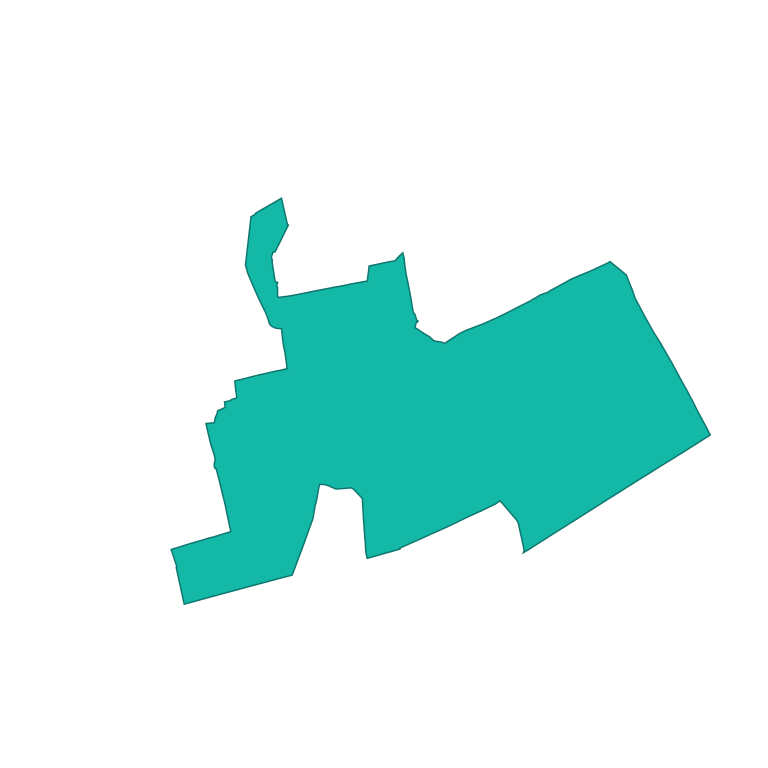 the district of Teoloyucan, México, Mexico, rotated 65°
{"feature_id": "50627088B68234574802161", "entity_name": "Teoloyucan", "entity_type": "district", "adm_level": 2, "iso_a3": "MEX", "parent_name": "Mexico", "parent_adm1": "México", "projection": "equal_earth", "projection_center": [-99.177, 19.758], "detail": "fine", "context": "isolated", "style": "filled", "palette": "teal", "viewbox_px": 768, "rotation_deg": 65, "n_neighbors": 0, "source": "geoboundaries", "source_scale": "gbopen_adm2", "svg_char_len": 5102}
<svg xmlns="http://www.w3.org/2000/svg" viewBox="0 0 768 768"><g transform="rotate(65 384 384)"><path d="M261.5,461.4L267.4,461.1L271.9,461.3L274.2,461.4L278.4,462.0L281.1,462.4L282.5,462.1L283.6,461.6L285.0,460.8L286.7,459.4L287.0,459.2L288.2,457.6L288.8,456.6L290.3,454.3L290.6,453.4L295.2,455.1L299.0,456.4L303.2,457.8L308.2,459.2L308.5,459.3L310.9,459.8L312.4,460.2L313.7,460.5L314.2,460.7L314.6,460.7L316.1,461.2L317.0,461.5L320.3,462.5L329.1,465.2L328.9,466.4L328.1,470.6L326.2,478.5L325.7,480.7L325.3,482.6L325.0,484.0L324.7,485.7L323.2,492.2L322.1,497.8L321.2,502.6L321.0,503.7L319.8,509.9L319.1,513.5L318.2,517.9L319.2,518.3L322.1,519.3L326.0,520.7L330.0,521.9L332.2,522.6L333.6,523.0L334.4,523.3L334.0,526.1L333.8,527.7L333.7,529.2L333.9,529.8L333.9,531.3L333.3,534.2L332.9,536.1L338.0,537.8L338.0,538.9L338.2,539.7L338.2,540.1L337.9,546.0L338.8,546.7L339.2,546.7L342.3,550.1L342.9,550.8L347.6,554.5L346.2,557.2L345.5,559.7L344.6,562.0L349.8,563.2L355.0,564.3L360.2,565.4L364.5,566.3L369.8,567.0L377.0,567.9L378.7,568.4L378.9,568.4L382.2,569.4L382.3,569.5L382.8,570.1L383.7,571.0L384.9,571.8L386.1,572.3L387.3,572.6L388.6,573.0L389.9,571.9L391.7,572.3L392.6,572.4L393.9,572.6L399.8,573.7L403.1,574.3L409.1,575.6L416.3,577.1L421.6,578.0L429.4,579.7L433.7,580.8L440.0,582.2L446.3,583.7L452.6,585.1L453.1,585.3L453.1,585.5L452.1,592.1L451.2,598.7L450.2,605.3L450.0,605.6L449.7,607.5L449.2,611.1L448.9,613.3L448.7,614.7L448.2,617.6L447.8,620.2L446.9,626.0L445.9,633.1L444.8,641.6L444.0,646.8L461.7,648.9L462.3,649.8L464.4,650.3L470.3,651.6L476.3,653.0L482.2,654.3L490.1,656.1L499.1,658.1L501.1,646.6L502.3,639.4L503.5,632.2L504.8,625.1L506.0,617.9L507.3,610.7L508.5,603.6L509.8,596.4L510.1,594.3L511.6,585.9L513.5,575.1L513.7,574.1L515.8,562.2L517.1,555.1L518.4,548.0L508.4,537.8L498.1,527.3L497.9,527.1L484.2,513.5L476.5,505.8L474.0,503.9L465.5,498.1L461.7,494.8L456.8,491.4L451.8,487.9L447.7,484.9L450.1,480.2L452.6,477.5L458.9,471.9L462.5,462.4L462.6,462.1L464.1,457.8L466.0,456.3L469.4,455.1L474.6,453.3L479.3,451.9L480.8,452.9L485.6,454.9L491.2,457.0L496.5,459.2L503.6,461.9L508.2,463.7L514.7,466.1L517.8,467.3L520.0,468.0L525.7,470.4L530.9,472.1L534.9,472.9L539.8,442.7L540.3,439.1L539.7,439.1L539.4,439.1L539.6,428.0L539.8,417.1L539.9,404.5L540.1,395.6L540.2,384.6L540.1,380.3L540.1,374.8L540.1,374.5L539.9,374.1L540.0,372.2L539.9,369.7L539.9,367.1L539.9,364.6L539.9,362.1L540.0,359.4L540.0,357.0L540.0,354.4L540.0,352.0L540.1,349.3L540.0,346.7L540.0,344.3L540.0,341.9L539.9,338.9L539.9,334.1L538.9,328.5L541.0,327.5L563.2,321.4L566.3,321.0L590.5,326.4L594.6,327.6L595.7,328.9L595.3,323.6L593.8,312.8L592.9,305.6L591.9,298.2L591.1,292.1L588.0,267.6L584.8,243.1L581.7,218.8L578.6,194.4L575.3,167.6L572.1,140.8L570.1,125.3L568.1,109.9L562.0,110.1L556.0,110.4L549.0,110.8L539.0,111.3L534.6,111.4L530.3,111.5L523.7,111.9L517.2,112.2L509.4,112.8L501.6,113.3L492.6,113.8L483.5,114.4L482.5,114.6L481.8,114.6L480.4,114.7L479.6,114.8L474.7,115.2L469.1,115.7L463.8,116.1L459.9,116.6L452.4,117.6L450.7,117.8L442.1,118.5L438.3,118.7L433.4,119.1L424.4,119.5L419.1,119.8L412.4,120.2L408.2,119.7L403.6,119.2L396.3,118.9L387.6,118.3L381.8,121.1L376.1,123.8L370.4,126.6L368.6,127.4L368.5,128.3L368.9,128.9L368.9,135.6L368.9,142.3L368.9,149.1L368.4,159.4L368.0,169.3L368.5,176.1L369.0,183.6L369.5,191.1L369.6,193.7L370.1,197.0L369.6,201.5L369.3,205.6L369.6,206.7L370.6,217.8L370.9,229.1L371.3,237.7L371.5,245.9L371.7,254.1L371.5,262.0L371.3,269.8L370.7,278.0L370.1,286.2L370.1,287.7L370.1,290.2L370.2,294.1L370.8,298.1L371.5,303.0L372.8,312.3L372.5,312.5L371.9,312.8L371.1,313.3L370.2,314.5L369.5,315.4L366.5,319.9L365.7,320.6L363.1,321.7L361.6,322.3L360.2,322.9L354.9,326.6L351.2,328.8L348.2,330.5L347.2,331.3L346.3,332.1L342.4,329.4L342.1,328.3L341.5,326.6L341.0,326.9L341.1,327.2L341.0,327.4L340.7,327.5L338.9,327.2L335.4,326.8L334.6,326.7L333.8,326.5L332.5,327.0L331.3,327.2L330.2,326.9L320.2,324.1L315.1,322.7L308.3,321.0L301.5,319.3L298.1,318.6L295.3,317.9L291.7,316.9L286.1,315.3L278.6,312.6L276.8,312.3L274.5,311.8L273.1,311.5L274.5,316.1L275.9,319.6L276.2,320.3L277.1,321.6L275.7,326.5L274.3,332.4L271.8,343.2L270.8,347.6L271.4,348.0L272.5,348.6L272.9,348.9L274.3,349.7L277.3,351.7L283.6,355.6L279.7,370.5L279.4,371.6L278.5,375.8L278.1,377.2L278.0,377.9L277.6,379.3L277.5,379.9L276.8,382.6L276.6,383.4L275.8,386.2L275.0,389.2L274.4,391.9L274.1,392.9L273.9,393.9L273.2,396.5L272.6,398.9L270.9,405.7L270.0,409.1L270.0,409.4L268.1,417.3L267.7,419.0L267.5,419.9L266.7,423.0L266.0,426.1L263.3,435.9L262.6,437.4L261.9,440.1L261.5,441.1L261.2,442.1L260.8,443.2L260.3,443.4L259.2,443.2L258.2,442.8L256.8,442.0L256.0,441.8L254.8,441.3L253.4,440.5L252.6,440.1L251.3,439.7L250.7,439.6L250.1,439.8L249.1,439.4L248.0,438.4L247.5,437.6L247.0,437.5L246.3,438.2L245.8,438.8L245.4,439.1L244.7,439.3L242.9,438.7L237.1,437.0L232.8,435.8L226.8,434.1L225.0,433.0L222.8,432.7L221.2,432.2L220.3,431.6L219.3,430.3L217.5,429.2L218.2,426.8L199.5,403.5L198.6,404.1L172.3,398.4L174.9,428.1L175.7,428.3L176.2,433.8L217.7,459.3L226.6,460.7L245.6,461.3L261.5,461.4Z" fill="#14b8a6" stroke="#0f766e" stroke-width="1.5"/></g></svg>